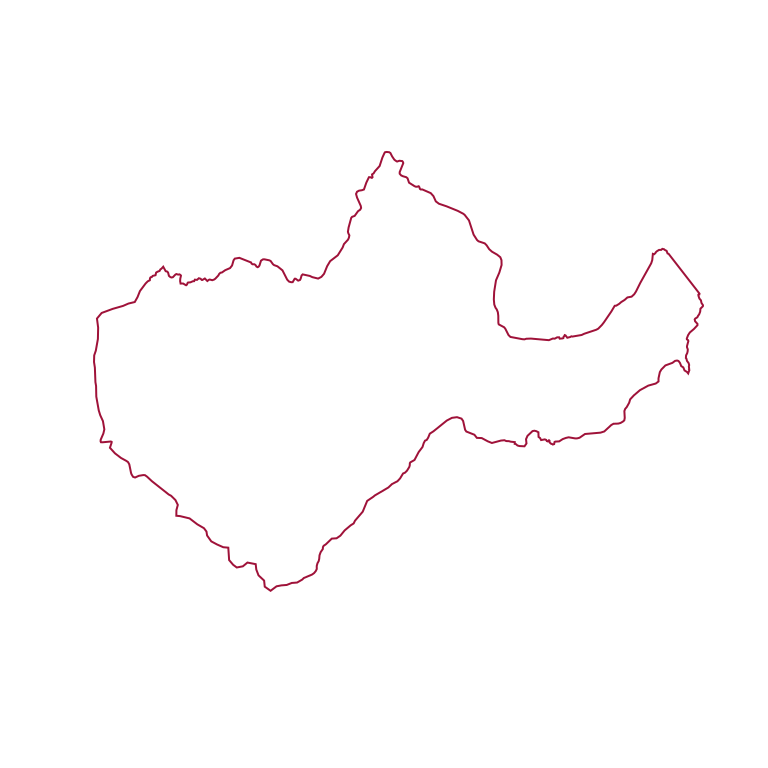 Ta Oi, Saravan, Laos (Natural Earth projection), rotated 13°
{"feature_id": "54806243B63439547813391", "entity_name": "Ta Oi", "entity_type": "district", "adm_level": 2, "iso_a3": "LAO", "parent_name": "Laos", "parent_adm1": "Saravan", "projection": "natural_earth1", "projection_center": [106.796, 16.077], "detail": "fine", "context": "isolated", "style": "outline", "palette": "rose", "viewbox_px": 768, "rotation_deg": 13, "n_neighbors": 0, "source": "geoboundaries", "source_scale": "gbopen_adm2", "svg_char_len": 6157}
<svg xmlns="http://www.w3.org/2000/svg" viewBox="0 0 768 768"><g transform="rotate(13 384 384)"><path d="M678.0,305.3L678.4,301.7L677.8,301.0L677.9,300.5L677.1,298.3L677.1,296.9L676.1,295.1L674.0,293.3L672.9,291.2L672.3,290.8L671.9,288.1L672.5,285.7L672.5,283.7L672.2,281.9L671.0,280.1L670.7,279.0L670.9,273.7L670.3,272.8L669.1,272.4L668.8,271.6L669.3,268.0L670.4,265.0L673.6,260.7L676.2,256.2L675.9,254.9L673.0,252.9L672.2,251.2L672.5,250.3L674.3,248.5L674.7,246.8L675.4,245.3L675.8,242.4L675.4,239.4L677.2,236.6L677.1,235.5L675.1,233.6L674.0,231.2L672.1,229.8L670.5,227.2L670.2,226.2L670.5,225.8L671.1,225.7L671.1,225.0L632.1,193.2L630.9,193.0L629.4,190.7L627.1,190.1L626.6,189.7L624.8,189.7L624.0,190.9L621.8,191.5L620.0,193.3L619.2,194.5L619.0,195.4L618.0,196.8L616.7,196.7L617.5,202.9L617.2,206.3L611.0,227.7L608.7,237.3L607.6,240.3L605.6,243.2L601.7,244.9L599.5,248.0L596.7,250.8L595.2,252.9L592.7,255.4L591.2,255.9L589.2,262.2L584.4,274.5L583.0,277.5L580.3,281.9L578.6,283.4L567.8,290.0L565.5,291.8L556.9,295.4L555.8,295.4L554.9,296.3L552.2,297.7L549.9,295.8L549.1,295.7L548.9,296.8L548.4,297.4L548.4,299.0L547.5,299.5L545.0,300.3L544.1,299.1L542.2,299.6L540.2,301.4L538.3,301.7L534.8,304.2L516.9,306.7L512.5,307.9L510.8,308.9L508.7,309.2L496.6,309.7L494.3,308.3L489.8,302.9L488.3,301.7L482.4,300.1L481.7,298.8L480.0,291.8L478.8,288.5L477.1,286.0L475.5,284.6L473.6,281.8L472.0,276.9L470.6,269.3L469.8,257.8L471.3,249.5L471.8,241.6L470.6,236.9L468.8,234.3L465.1,232.5L459.5,230.8L456.2,229.0L452.7,225.7L450.5,224.3L444.0,223.7L442.3,222.8L437.7,218.3L430.0,205.5L424.6,201.1L423.0,200.3L416.9,198.7L405.0,196.8L397.0,196.0L393.4,194.4L389.9,189.8L386.6,187.5L377.6,185.8L376.1,186.2L375.1,185.8L374.2,184.3L373.3,183.5L371.8,184.4L370.4,184.6L369.0,184.3L363.1,182.2L360.7,178.3L359.2,177.5L355.7,177.3L353.8,176.9L352.0,175.6L351.6,174.0L353.1,164.4L352.5,163.4L351.7,162.7L348.8,163.0L346.7,164.3L345.1,163.8L343.6,163.1L340.7,160.4L338.3,157.5L337.0,157.0L334.4,157.3L332.9,157.9L332.5,158.8L331.5,163.7L330.7,172.6L327.3,178.7L326.5,181.1L325.2,182.5L326.3,185.1L325.8,185.9L324.1,185.6L322.8,185.9L321.5,191.7L320.7,199.0L318.8,200.2L316.2,201.2L314.5,202.7L314.0,205.1L315.8,208.4L321.3,215.7L322.1,217.6L321.6,219.5L319.8,221.5L317.6,226.8L315.3,228.3L314.7,229.5L314.3,239.4L314.6,243.8L315.5,245.4L316.8,246.9L316.9,249.3L316.5,251.4L313.5,256.7L313.0,260.3L310.0,269.0L303.9,276.4L302.1,282.0L300.8,290.1L298.9,293.7L296.1,296.1L290.1,296.0L287.4,295.4L280.1,295.5L279.3,296.8L279.1,300.2L278.7,301.6L277.1,302.6L274.2,301.3L273.3,301.5L272.1,305.3L270.7,305.7L268.5,305.6L266.2,304.1L259.5,296.1L253.7,293.3L250.2,292.9L248.9,292.3L245.8,289.6L244.3,289.3L239.5,289.4L238.0,289.8L236.4,291.5L236.0,296.6L235.4,297.9L234.7,298.6L233.4,298.3L231.9,296.9L230.7,296.5L228.9,296.9L227.8,296.4L227.2,295.5L214.7,293.6L210.4,295.4L209.6,297.3L209.3,302.7L207.9,305.7L203.7,308.8L201.0,311.8L199.6,312.4L198.6,313.9L198.2,315.5L195.9,319.4L194.9,320.5L193.3,321.5L190.7,321.4L189.9,321.9L188.7,323.4L185.7,321.5L183.6,323.5L183.0,323.6L181.6,322.7L179.8,322.6L178.4,324.6L176.2,324.9L175.9,326.5L174.6,326.9L172.5,328.5L170.2,329.2L169.9,329.7L169.7,331.2L169.2,332.2L168.8,332.3L165.7,331.3L163.2,331.9L162.2,329.6L161.8,327.2L161.8,324.1L161.1,323.5L160.0,323.2L158.9,323.7L156.9,323.6L156.0,324.5L154.3,327.4L153.1,328.0L151.8,327.9L150.1,327.0L148.5,323.9L147.3,323.2L145.9,323.2L142.5,319.4L141.3,321.6L140.3,322.7L139.9,324.3L138.0,325.6L136.9,326.7L136.9,329.4L134.3,330.7L133.6,332.1L132.6,332.5L132.2,333.6L132.5,335.6L130.7,337.1L129.1,339.7L125.3,348.3L124.3,354.8L122.7,360.2L116.9,363.1L112.2,366.6L102.8,371.8L92.9,378.3L89.6,384.8L92.8,393.4L95.1,404.5L95.7,416.3L95.2,421.3L96.5,427.8L98.6,433.1L102.4,447.1L103.9,450.7L106.5,461.0L112.0,473.9L114.5,478.2L118.5,483.4L121.7,491.1L121.7,495.4L120.5,501.9L120.7,503.5L121.3,504.4L122.9,504.1L130.7,501.5L131.6,501.6L131.8,502.4L131.3,507.8L137.5,512.1L144.3,515.2L150.3,516.9L152.2,517.7L153.9,519.6L157.6,527.7L158.4,528.9L160.4,530.9L162.5,531.1L165.8,528.6L169.9,526.9L171.6,526.6L174.0,527.6L179.7,530.9L199.1,540.1L201.7,540.8L206.9,544.0L210.3,548.2L210.1,553.6L211.3,559.1L215.0,558.6L224.8,558.7L233.6,562.7L241.0,565.0L244.2,567.7L245.7,571.4L251.1,576.2L257.4,577.9L264.1,579.2L269.1,578.5L272.7,590.4L277.7,594.1L281.8,595.9L287.5,593.4L291.1,588.7L299.5,588.4L301.3,593.5L304.8,598.7L311.4,602.5L313.4,608.3L320.0,611.0L324.8,605.3L329.3,603.3L334.4,601.7L338.9,598.6L344.0,597.0L348.3,593.0L349.5,591.1L356.7,585.9L358.4,584.0L359.6,581.6L360.1,579.4L359.4,576.4L359.5,573.6L360.2,571.3L360.2,568.9L359.7,565.4L360.1,562.1L361.5,558.6L361.2,556.7L361.6,555.2L363.4,553.3L367.9,546.4L372.5,545.0L375.6,541.6L378.6,535.5L383.4,529.1L385.8,526.7L386.5,523.7L392.0,513.2L393.9,501.7L399.0,496.2L400.1,494.7L411.5,483.9L414.3,479.7L419.0,475.7L420.9,472.4L422.7,466.9L424.4,465.7L425.9,463.3L427.3,459.2L427.4,457.6L427.0,455.3L427.3,454.4L430.8,451.2L433.1,442.5L435.7,436.7L436.0,432.7L436.7,430.0L438.2,428.9L439.1,426.4L439.8,422.1L442.8,419.0L453.4,405.5L457.8,401.7L462.6,399.9L467.3,400.3L469.4,402.2L473.3,410.3L474.9,411.8L483.5,413.1L486.6,415.6L491.4,414.7L498.0,416.5L502.4,417.2L510.7,412.8L514.0,411.7L515.9,412.1L518.6,411.6L520.5,411.7L524.5,411.2L524.8,412.9L525.8,412.8L527.9,413.9L529.9,414.0L534.9,413.1L536.2,409.9L534.8,405.8L535.5,402.2L539.3,396.5L541.0,395.7L543.0,395.7L545.3,396.3L546.5,400.8L548.3,401.6L549.7,403.3L553.1,401.8L554.6,402.0L555.5,403.0L556.5,403.1L557.4,401.7L558.0,402.0L558.2,402.4L558.1,403.0L558.7,403.8L560.4,404.7L561.0,404.6L562.1,405.0L563.3,404.3L563.2,402.2L563.8,401.6L567.6,400.5L570.5,397.5L573.4,395.6L575.9,394.4L582.6,394.0L584.5,393.5L586.6,392.4L591.1,387.5L605.9,382.7L609.3,380.7L614.7,372.8L616.6,371.1L621.1,369.9L623.2,368.8L625.3,366.8L626.3,365.4L626.2,362.9L624.3,356.3L624.6,354.0L625.7,351.9L627.1,347.1L627.3,343.6L630.0,338.9L634.8,332.4L641.9,326.1L648.7,322.4L650.9,319.8L650.2,316.7L650.1,310.4L651.0,307.5L654.0,302.6L660.3,298.5L662.4,296.0L664.3,295.2L665.7,295.3L667.5,296.7L669.6,299.7L671.9,300.5L673.8,303.2L676.5,304.1L678.0,305.3Z" fill="none" stroke="#9f1239" stroke-width="2"/></g></svg>